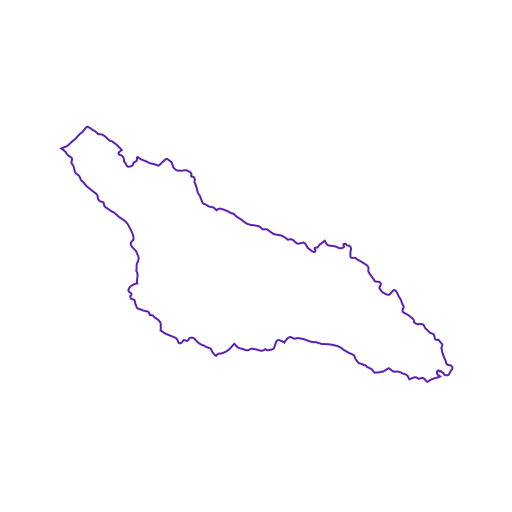 Yen Lap, Phú Thọ, Vietnam, rotated 336°
{"feature_id": "81297802B78626005730568", "entity_name": "Yen Lap", "entity_type": "district", "adm_level": 2, "iso_a3": "VNM", "parent_name": "Vietnam", "parent_adm1": "Phú Thọ", "projection": "natural_earth1", "projection_center": [105.026, 21.372], "detail": "fine", "context": "isolated", "style": "outline", "palette": "violet", "viewbox_px": 512, "rotation_deg": 336, "n_neighbors": 0, "source": "geoboundaries", "source_scale": "gbopen_adm2", "svg_char_len": 6129}
<svg xmlns="http://www.w3.org/2000/svg" viewBox="0 0 512 512"><g transform="rotate(336 256 256)"><path d="M214.4,131.2L212.8,130.8L205.2,133.5L203.5,133.7L200.5,130.8L198.3,129.3L196.5,127.7L194.0,124.7L190.5,121.2L189.2,119.3L188.5,117.9L187.8,117.4L187.4,117.6L186.9,118.2L186.6,119.3L186.0,120.3L184.4,120.8L182.2,120.9L180.8,122.5L179.9,123.0L178.2,123.2L175.8,122.6L175.1,122.1L174.8,121.6L174.6,120.2L174.6,118.3L173.9,116.2L174.1,115.3L174.7,113.8L174.9,112.1L174.5,110.3L173.8,109.2L172.3,107.8L172.0,106.8L172.2,106.2L172.9,105.5L176.5,104.5L173.8,97.4L171.1,92.7L169.6,91.5L169.2,90.9L168.0,88.6L167.0,85.8L165.7,83.7L165.0,82.6L164.1,82.0L162.9,81.2L161.5,80.7L159.9,76.9L159.2,75.7L157.5,73.7L156.9,72.2L155.4,70.2L154.3,69.2L152.5,69.7L148.2,72.1L145.2,72.7L141.9,74.0L138.5,75.7L135.1,76.4L129.3,78.5L128.2,78.7L121.8,78.6L123.1,80.6L124.4,83.5L124.6,85.4L125.2,87.6L126.5,89.5L127.5,91.3L127.5,92.6L126.7,93.8L125.4,95.2L125.3,96.8L125.8,99.2L125.5,102.2L124.8,105.2L124.9,106.9L126.8,110.4L127.1,111.7L127.0,114.6L127.1,115.9L128.1,118.0L129.5,123.1L133.3,130.5L135.1,133.7L135.7,135.2L135.7,137.0L134.9,139.1L135.0,140.6L135.8,142.6L137.9,144.4L138.4,145.1L138.3,146.5L137.8,148.3L138.4,150.2L142.3,156.6L144.0,158.5L146.8,164.8L149.4,168.8L151.1,172.0L151.8,175.0L152.3,182.2L152.3,185.4L152.0,188.3L151.3,190.2L150.1,191.6L147.8,192.5L146.7,193.3L146.2,194.9L146.4,197.1L148.4,202.6L148.4,206.0L148.2,209.4L147.8,210.6L146.0,213.0L144.1,214.3L142.8,216.7L141.6,219.4L140.6,220.8L140.7,222.1L140.5,223.9L140.0,225.5L137.4,229.8L136.6,231.6L136.4,232.8L135.2,232.4L132.1,232.2L129.9,232.6L127.7,233.3L125.6,235.1L125.3,236.8L126.7,239.0L126.8,239.9L126.3,240.9L125.0,241.5L124.5,242.5L124.3,244.1L125.4,245.3L126.9,246.4L127.1,247.6L126.3,250.6L126.3,252.6L126.1,254.5L126.6,255.9L128.6,257.6L130.7,259.9L134.0,262.3L135.0,263.3L135.2,264.1L135.0,266.7L137.5,268.2L138.5,271.0L140.7,274.5L141.5,277.2L141.5,278.9L139.2,284.2L138.5,285.3L141.6,290.0L149.2,298.0L150.0,299.8L150.0,303.1L150.2,304.3L150.5,304.7L151.7,305.0L152.7,304.9L154.0,304.4L155.4,303.5L155.9,303.5L156.6,303.8L158.1,305.5L158.5,305.6L159.9,305.3L161.4,304.1L162.2,304.0L163.8,304.3L165.1,305.1L166.1,306.4L167.5,310.6L168.8,313.1L170.0,314.8L171.9,316.6L173.7,319.0L176.0,321.1L177.0,322.2L177.1,326.0L177.7,328.5L178.1,329.8L178.9,331.0L180.6,330.1L181.9,329.9L184.7,331.0L188.7,331.2L191.0,331.0L194.0,330.2L200.4,327.4L202.1,331.9L203.1,333.2L206.3,335.7L208.2,337.8L210.4,338.9L214.1,338.8L214.7,339.0L218.5,341.7L221.3,344.1L222.7,344.9L224.5,345.2L226.7,344.9L227.7,346.5L228.8,347.0L231.9,347.8L234.0,347.8L234.7,347.7L240.2,342.0L240.9,341.8L241.9,341.8L242.7,342.1L245.4,344.8L246.7,346.7L247.6,345.9L251.4,344.0L252.4,343.8L254.3,343.9L255.0,344.3L255.9,345.7L257.5,347.2L259.2,347.6L260.6,347.8L265.5,351.1L271.0,356.4L272.9,357.8L274.7,358.6L276.1,359.4L280.4,363.2L285.2,365.5L288.3,367.3L291.4,369.5L293.8,371.4L296.6,374.7L297.5,376.8L301.5,382.4L303.2,384.1L304.7,385.9L305.1,386.6L305.2,387.5L305.0,390.0L305.1,391.3L306.0,395.0L306.4,395.8L309.5,398.4L310.1,399.7L311.5,400.2L311.7,400.5L312.5,402.7L314.2,404.6L315.8,406.8L316.7,410.7L321.2,412.4L323.3,412.5L324.3,413.3L331.3,412.5L332.0,412.8L333.8,416.4L334.7,417.6L338.1,419.0L340.2,420.5L341.7,422.3L344.9,425.5L345.7,427.2L346.0,431.1L349.6,431.1L352.1,431.5L353.1,432.1L354.6,434.3L355.0,434.5L357.1,434.7L358.7,435.2L359.4,435.8L361.3,440.7L364.8,440.1L367.0,440.1L374.1,441.0L375.2,440.9L373.9,438.5L373.6,437.3L373.6,436.8L374.3,435.3L375.4,434.7L375.9,434.7L376.3,434.8L376.6,435.2L376.7,435.8L377.0,436.3L377.7,436.2L378.2,436.5L378.8,438.3L379.6,439.1L379.7,440.9L380.5,441.9L381.3,442.4L382.6,442.8L384.1,442.7L387.0,440.3L389.3,439.1L390.1,437.9L390.1,437.1L389.6,435.5L388.9,434.7L386.7,433.3L386.3,432.3L386.1,431.6L386.2,430.6L386.6,429.3L386.6,426.4L386.8,421.3L387.2,418.6L387.8,416.9L387.8,415.6L389.9,413.3L390.2,412.7L390.1,411.7L389.4,409.9L388.7,406.9L388.5,406.6L387.4,406.4L386.8,406.0L386.1,405.6L385.9,404.9L385.9,404.1L386.5,401.0L386.4,400.1L386.2,399.3L384.9,398.2L384.0,397.1L383.0,395.2L382.4,393.1L381.3,391.0L381.1,387.6L380.9,386.7L379.4,385.4L377.4,384.5L376.5,384.5L375.0,383.4L373.4,380.9L373.8,380.1L374.1,378.6L373.9,377.6L373.1,375.6L370.8,371.5L369.2,369.5L367.3,366.6L367.7,365.2L368.6,364.2L370.3,362.6L370.2,359.2L370.5,354.6L369.9,350.0L370.0,347.6L369.8,345.7L369.0,343.9L368.3,343.2L367.8,343.1L362.9,345.3L362.2,345.5L361.3,345.4L359.6,344.2L357.3,341.4L356.1,338.6L355.7,335.8L355.8,335.2L358.3,333.0L358.8,332.0L358.6,330.7L358.2,329.9L355.1,328.1L354.2,327.1L354.0,325.4L352.3,317.0L352.5,315.3L353.9,312.8L354.0,311.6L353.9,310.6L353.3,309.1L349.7,303.8L347.1,300.3L346.1,298.3L345.0,297.6L342.7,296.7L342.1,296.0L342.0,295.1L342.4,294.0L344.1,290.3L345.6,288.6L346.0,287.5L346.0,286.1L345.6,285.0L345.1,284.3L343.9,283.7L343.4,283.2L343.0,282.4L343.0,281.6L342.4,281.0L340.9,280.8L340.4,281.3L340.2,283.5L339.5,283.7L337.7,283.7L336.7,283.5L335.4,282.7L334.2,281.6L333.4,280.4L330.7,278.3L328.2,276.9L326.1,275.5L325.7,274.8L325.3,273.1L325.0,270.0L320.5,271.2L319.5,271.2L315.6,273.2L313.6,272.6L312.9,272.6L312.6,272.9L312.5,275.4L311.9,276.0L310.3,275.8L309.0,274.2L306.4,269.2L306.2,265.6L305.9,264.5L304.8,263.1L303.9,262.8L300.2,262.1L298.7,261.4L298.1,260.5L296.4,256.6L295.9,255.8L293.9,254.5L291.8,254.2L289.7,250.4L287.9,247.9L281.2,243.3L278.5,239.0L277.1,236.4L276.2,235.6L273.3,234.6L272.8,234.2L271.7,231.5L270.6,229.8L266.0,226.7L263.9,225.6L261.5,223.5L260.1,221.9L257.3,216.7L254.1,211.9L253.2,209.3L252.4,207.9L250.5,206.6L249.4,204.9L247.7,202.9L244.3,199.5L242.7,198.3L241.5,197.7L240.6,197.7L238.6,198.2L237.4,195.3L236.8,194.2L234.9,193.0L233.2,191.6L232.2,190.5L231.5,189.1L229.3,186.9L228.9,185.6L228.9,181.9L229.2,178.4L228.7,176.1L228.7,174.0L229.7,168.1L229.9,163.5L230.2,162.8L231.2,161.4L231.4,159.9L231.3,158.8L231.1,158.2L229.9,157.6L229.2,157.0L229.2,156.4L230.4,154.9L230.3,153.6L230.0,152.7L227.8,150.0L226.7,149.0L223.2,148.0L221.2,147.2L218.9,145.9L217.9,144.8L216.9,142.7L216.6,141.2L217.0,136.7L216.6,135.2L214.4,131.2Z" fill="none" stroke="#5b21b6" stroke-width="2"/></g></svg>